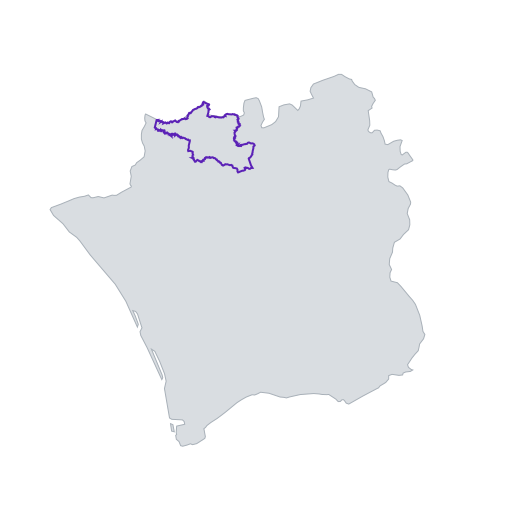 Tonkpi, Dix-Huit Montagnes, Ivory Coast shown in context, rotated 71°
{"feature_id": "98640826B98350089255378", "entity_name": "Tonkpi", "entity_type": "district", "adm_level": 2, "iso_a3": "CIV", "parent_name": "Ivory Coast", "parent_adm1": "Dix-Huit Montagnes", "projection": "albers", "projection_center": [-7.715, 7.368], "detail": "fine", "context": "in_parent", "style": "outline", "palette": "violet", "viewbox_px": 512, "rotation_deg": 71, "n_neighbors": 0, "source": "geoboundaries", "source_scale": "gbopen_adm2", "svg_char_len": 9611}
<svg xmlns="http://www.w3.org/2000/svg" viewBox="0 0 512 512"><g transform="rotate(71 256 256)"><path d="M120.2,108.1L121.9,108.1L126.1,106.8L130.0,103.9L133.6,98.0L138.5,93.2L144.0,93.5L145.6,92.7L147.6,92.5L149.9,95.6L152.2,98.0L153.9,98.1L155.1,102.6L165.1,104.5L169.4,105.8L173.1,109.1L174.3,109.2L175.8,108.5L177.0,107.3L177.3,106.0L175.7,103.0L176.4,100.4L178.0,97.9L180.6,97.8L184.5,97.1L188.9,97.1L192.3,97.5L193.6,95.1L192.3,88.4L192.6,84.6L193.2,81.5L194.4,80.2L199.4,84.2L203.9,85.6L207.2,85.7L208.1,84.9L206.7,80.6L207.1,79.3L208.3,78.6L210.4,78.1L216.2,76.4L216.8,76.7L217.9,83.5L217.4,85.7L218.7,90.3L220.2,94.6L220.1,96.3L218.8,99.0L217.4,101.4L217.6,102.4L219.9,104.0L224.3,105.7L228.9,106.1L231.4,103.6L234.1,101.6L235.9,99.8L236.5,97.1L239.4,95.1L247.7,92.6L255.4,92.2L257.2,93.0L260.7,96.7L265.1,99.2L271.8,98.9L276.6,100.4L280.8,103.2L283.7,109.6L286.8,114.2L288.1,120.7L293.0,124.1L296.8,125.7L302.0,130.4L307.4,132.8L312.9,132.2L315.5,134.7L319.6,136.4L323.7,136.5L327.3,131.0L332.1,128.8L344.1,124.3L348.9,122.3L353.7,121.0L365.3,120.5L376.2,121.7L381.6,122.7L385.2,121.9L388.8,124.5L392.4,129.9L395.4,131.6L398.4,133.5L400.7,137.8L403.4,142.0L404.9,143.9L408.1,148.1L410.9,148.1L413.7,146.3L414.8,144.9L415.4,147.7L414.4,152.2L414.6,155.0L416.2,156.1L415.4,159.7L412.2,165.9L412.3,169.5L415.5,170.6L417.8,174.5L419.2,181.0L420.6,183.2L420.7,184.6L423.2,200.5L426.2,216.5L424.5,218.6L422.0,219.3L420.4,220.0L419.9,221.5L421.0,223.7L420.4,225.7L417.3,227.1L410.6,232.3L410.1,234.3L408.4,238.7L406.9,241.4L404.8,246.3L401.4,259.3L400.2,270.1L400.1,273.4L398.7,275.7L397.2,279.1L390.0,288.4L386.3,296.0L386.8,299.3L387.0,302.5L385.9,304.9L386.2,311.3L387.2,316.6L388.5,321.8L394.0,336.6L396.9,345.5L398.7,352.8L400.3,357.6L401.7,359.6L402.3,361.5L410.3,362.7L411.8,363.8L414.1,373.2L413.7,377.5L412.2,379.1L412.3,382.7L412.0,387.2L410.8,389.0L406.4,389.2L403.4,391.0L399.4,390.3L399.0,389.2L396.9,388.9L391.0,386.4L391.9,378.2L389.1,377.8L387.0,378.9L383.0,388.8L381.0,390.5L351.5,385.7L345.1,381.7L337.5,380.8L324.2,381.4L313.2,382.7L310.0,385.2L337.8,383.5L340.8,383.8L342.2,385.3L307.1,388.8L293.7,390.8L289.8,390.3L286.8,387.2L272.2,386.9L269.2,387.9L267.5,390.3L273.2,389.7L282.2,389.5L284.6,391.3L256.4,393.8L236.8,398.3L228.5,401.6L201.1,412.4L184.5,417.6L180.1,419.4L172.5,424.7L162.7,428.0L151.8,434.2L145.1,435.6L143.6,433.7L143.4,423.2L142.5,409.2L142.8,403.8L143.7,398.7L143.7,394.6L147.1,393.0L147.9,391.2L148.4,385.8L151.6,380.8L151.6,372.2L152.5,370.4L153.2,368.1L151.9,362.4L150.2,351.7L149.3,351.0L148.6,351.5L146.8,351.7L140.0,348.0L134.7,347.3L131.0,344.2L130.7,340.6L128.9,338.4L127.7,334.3L125.8,329.5L120.6,326.6L115.7,325.9L112.2,326.5L108.1,326.3L103.5,324.7L100.2,322.9L97.2,319.4L94.4,316.6L92.1,317.0L89.3,316.3L86.6,315.0L85.8,314.1L97.1,303.0L101.0,297.5L101.4,294.2L101.4,290.9L102.7,287.4L103.0,282.2L96.7,263.1L95.2,257.2L93.5,255.5L92.4,254.8L95.6,252.4L99.9,253.0L106.6,255.0L108.1,253.1L113.2,243.5L113.0,239.9L112.5,237.4L115.5,230.9L117.8,228.3L119.1,225.6L118.7,221.8L116.9,220.4L114.6,220.7L111.8,219.7L107.5,217.6L105.3,215.7L106.0,207.0L106.4,204.3L107.9,202.7L110.3,202.3L116.9,202.1L122.3,203.0L127.0,203.6L129.5,203.6L131.5,206.2L134.2,208.8L136.6,208.8L137.4,206.8L136.9,198.3L135.3,193.7L131.7,189.4L122.4,185.6L122.2,180.4L123.1,174.7L125.1,172.6L132.0,169.1L130.8,167.1L128.6,165.1L124.2,163.0L125.2,156.2L125.4,150.2L121.7,150.8L117.9,151.2L114.7,149.3L112.1,145.7L111.6,135.6L111.6,123.9L111.1,118.8L112.1,116.0L115.4,113.5L118.9,110.2L120.2,108.1ZM395.6,390.5L394.1,392.8L386.7,391.4L388.4,389.5L395.6,390.5Z" fill="#d9dde1" stroke="#a8b0b8" stroke-width="1"/><path d="M123.4,229.0L123.0,229.5L121.8,228.8L121.1,229.2L120.9,229.0L121.0,228.2L120.4,227.7L120.0,227.7L118.9,228.3L117.9,228.0L117.5,227.7L116.8,228.1L116.6,228.7L116.1,229.0L115.7,230.0L115.0,230.1L114.7,231.2L114.2,231.8L114.2,232.9L112.9,236.0L112.3,236.7L112.2,237.9L112.7,238.8L112.5,239.0L112.7,239.5L113.7,239.4L113.3,240.1L114.3,241.6L113.9,242.2L113.9,243.4L113.0,245.8L111.2,248.5L111.7,249.1L111.3,249.7L111.0,249.6L110.2,250.3L109.9,251.4L109.4,252.2L109.9,254.0L109.5,254.9L108.3,255.5L107.7,256.4L104.7,254.2L102.6,253.3L102.3,252.2L101.2,252.5L100.7,253.4L100.2,253.5L99.6,253.6L98.3,253.4L98.4,252.1L97.8,251.9L97.8,251.2L97.5,251.0L97.2,251.1L95.8,253.1L93.3,255.4L93.3,255.8L94.3,256.8L95.2,256.4L95.7,256.6L95.8,258.1L96.3,258.5L96.1,258.8L96.6,259.6L96.8,261.1L96.7,261.8L96.3,262.0L96.3,262.6L97.1,263.4L97.3,264.5L97.1,265.4L97.4,268.0L99.2,270.6L99.1,270.9L99.5,271.0L99.7,271.3L99.6,271.8L99.0,272.6L99.2,273.0L100.0,273.5L100.2,273.8L100.5,273.9L100.8,274.9L101.2,275.1L101.8,275.0L102.2,275.5L103.2,276.3L103.6,276.0L103.8,276.4L103.8,277.8L103.1,278.1L102.6,278.7L103.0,279.4L102.6,280.7L102.7,281.1L102.4,281.4L103.3,284.7L103.1,285.0L103.3,285.3L103.8,285.3L103.8,285.8L104.1,286.2L103.4,287.4L101.5,288.3L101.9,290.7L102.4,291.6L102.3,291.9L101.3,292.1L101.3,292.6L100.9,293.0L101.5,294.7L101.8,294.8L102.0,294.7L102.2,294.1L102.2,295.0L101.1,296.1L101.6,296.9L101.6,297.1L101.1,297.1L101.1,297.7L100.2,298.2L100.4,300.0L100.1,299.7L99.7,299.7L99.3,300.0L99.2,300.2L99.5,300.5L99.4,300.7L99.1,301.0L98.9,300.8L98.0,301.6L98.2,302.3L97.7,301.8L97.7,302.4L96.9,302.7L96.7,303.1L96.9,304.1L96.8,304.3L96.1,305.0L95.7,304.8L95.5,305.6L95.3,305.6L95.2,305.3L95.1,305.7L101.6,309.9L102.3,309.5L102.6,308.8L103.2,308.7L103.6,309.1L103.7,308.4L104.4,308.0L104.6,307.5L105.5,307.8L105.8,307.8L105.9,307.3L105.7,306.7L105.9,306.5L105.5,306.7L105.5,306.4L106.3,306.0L106.1,305.5L105.5,304.9L105.8,304.8L106.2,305.3L106.4,305.3L106.4,304.7L107.2,304.8L107.3,304.3L107.6,304.5L107.3,304.3L107.2,303.9L106.6,303.5L106.7,303.3L107.4,302.9L107.3,302.4L107.8,302.4L107.7,301.7L108.4,301.7L108.7,301.9L109.0,302.4L108.5,302.8L108.8,303.0L109.6,302.8L109.8,302.4L110.6,302.3L110.6,302.1L110.3,302.1L110.7,301.9L110.8,301.4L110.4,301.3L110.4,300.7L110.7,300.4L110.3,299.8L110.6,299.6L111.1,299.8L111.7,299.3L111.5,299.1L112.2,298.4L112.4,298.4L112.7,298.7L112.9,298.1L113.3,298.2L113.2,297.6L113.7,297.9L114.1,297.2L114.4,297.5L114.9,297.2L114.4,297.2L114.7,297.0L114.8,296.7L114.5,296.6L114.7,296.4L114.0,296.0L114.2,295.9L114.3,295.4L114.0,295.1L113.9,295.7L113.7,295.9L113.4,295.5L113.6,295.4L113.5,294.7L114.3,294.1L114.6,294.3L114.8,294.1L114.3,294.0L114.2,293.3L114.4,293.2L114.5,293.5L114.8,293.3L114.1,293.0L114.1,292.6L114.0,292.8L113.8,292.6L113.9,292.4L114.3,292.4L114.8,292.0L115.3,292.4L115.1,291.9L115.5,291.6L115.5,290.9L115.9,290.7L116.2,290.9L116.0,291.4L116.6,290.9L117.2,290.7L117.0,290.4L117.7,290.3L117.7,289.8L118.2,289.8L118.9,289.3L118.5,289.1L118.7,288.6L119.1,288.9L119.2,288.4L119.8,288.5L119.7,288.1L120.1,287.8L119.8,287.6L120.2,287.4L120.2,287.1L120.4,286.9L120.3,286.6L120.7,285.9L121.3,285.3L121.5,284.8L122.6,284.3L122.7,283.9L123.8,283.0L123.8,282.3L124.6,282.1L125.1,280.9L125.9,281.2L129.6,283.6L131.9,284.3L133.7,285.8L134.8,285.9L135.2,283.7L136.0,283.0L136.5,282.3L137.1,281.9L138.3,282.6L139.7,282.5L139.7,282.8L140.5,283.4L140.8,283.4L141.4,283.8L141.8,283.5L142.4,283.7L142.7,284.0L142.6,284.4L143.1,283.9L143.6,283.8L143.3,283.5L143.3,283.2L144.0,283.3L146.9,283.1L147.2,282.4L146.0,280.2L147.1,279.1L147.4,279.1L148.2,278.1L148.5,278.0L148.3,277.8L148.4,277.5L148.8,277.2L148.6,277.0L148.6,276.8L149.0,276.9L149.2,277.1L149.5,276.8L149.0,276.3L149.1,275.9L148.9,275.4L148.5,275.5L148.2,275.2L148.5,274.8L148.3,274.8L148.2,274.1L147.8,274.0L147.9,273.5L147.7,273.0L147.8,272.7L147.6,272.5L147.3,272.7L146.7,272.4L146.6,271.5L146.7,271.2L146.4,271.3L146.3,271.0L146.7,270.7L146.8,269.9L147.3,269.1L147.4,268.5L147.2,267.8L147.5,267.5L148.1,267.8L148.5,266.9L148.3,266.2L148.6,264.7L149.7,264.1L149.9,263.2L150.5,262.7L151.5,262.5L151.9,261.7L152.5,261.6L152.8,261.7L153.7,261.0L154.3,260.9L154.2,260.7L154.7,259.9L155.3,259.8L156.0,259.4L156.2,259.5L156.5,258.9L158.6,258.7L159.0,258.4L159.1,258.0L159.8,257.7L159.7,256.6L159.3,255.8L159.5,255.3L159.3,254.9L159.8,254.1L159.9,253.3L161.6,251.2L161.8,249.8L162.4,249.6L162.7,248.9L164.9,249.0L165.6,248.3L166.2,246.9L167.1,245.6L168.4,245.4L170.0,246.0L171.1,245.8L171.2,245.2L171.0,243.6L170.9,241.0L171.2,240.5L171.2,238.6L170.8,238.1L168.9,238.1L168.8,237.4L168.9,236.8L169.7,236.5L169.9,235.2L171.4,234.1L171.6,233.2L171.2,232.2L171.6,230.6L168.8,231.2L161.5,231.2L161.3,231.0L161.4,230.7L161.1,230.4L161.0,229.4L160.4,228.6L160.2,228.1L159.4,227.5L158.9,226.4L158.0,226.3L157.8,226.1L157.6,226.1L156.8,225.4L155.9,225.1L153.1,223.3L151.6,222.8L151.1,221.3L149.9,221.3L149.0,221.8L148.2,222.9L148.0,224.1L146.5,225.5L146.3,226.0L146.3,226.9L147.0,227.8L147.0,228.4L146.7,229.0L146.8,229.7L146.5,230.5L146.5,232.2L146.2,233.5L146.8,233.8L147.2,234.3L147.1,234.5L146.5,234.5L146.1,234.8L146.6,235.4L146.6,236.0L146.2,236.2L146.3,236.8L145.9,237.4L145.3,237.4L145.1,237.8L144.6,237.0L144.6,237.4L144.2,237.5L143.8,237.9L143.1,237.9L142.7,237.6L142.8,237.3L142.6,237.0L142.3,237.4L141.5,237.3L141.1,237.7L141.3,238.3L140.6,238.5L140.2,238.9L139.5,238.7L139.1,239.0L138.2,238.1L137.8,238.6L137.4,238.6L136.9,238.2L137.0,237.5L136.4,237.7L136.1,237.5L135.9,236.9L136.1,236.7L135.9,236.3L135.2,236.6L134.8,236.5L134.2,236.6L132.4,236.2L132.2,235.8L131.8,235.6L131.8,235.2L131.6,234.9L131.0,234.6L130.7,234.8L131.0,233.7L130.8,233.3L130.4,233.5L130.0,233.3L129.6,232.5L129.0,232.6L128.6,232.3L128.4,232.5L128.2,232.5L128.1,231.6L128.4,231.3L128.1,230.8L127.9,230.7L128.1,230.1L127.8,230.0L127.6,228.9L126.7,228.8L126.7,228.7L126.3,228.9L126.0,228.7L125.9,229.2L125.1,229.6L124.5,229.4L124.4,229.1L123.9,229.3L123.4,229.0Z" fill="none" stroke="#5b21b6" stroke-width="2"/></g></svg>